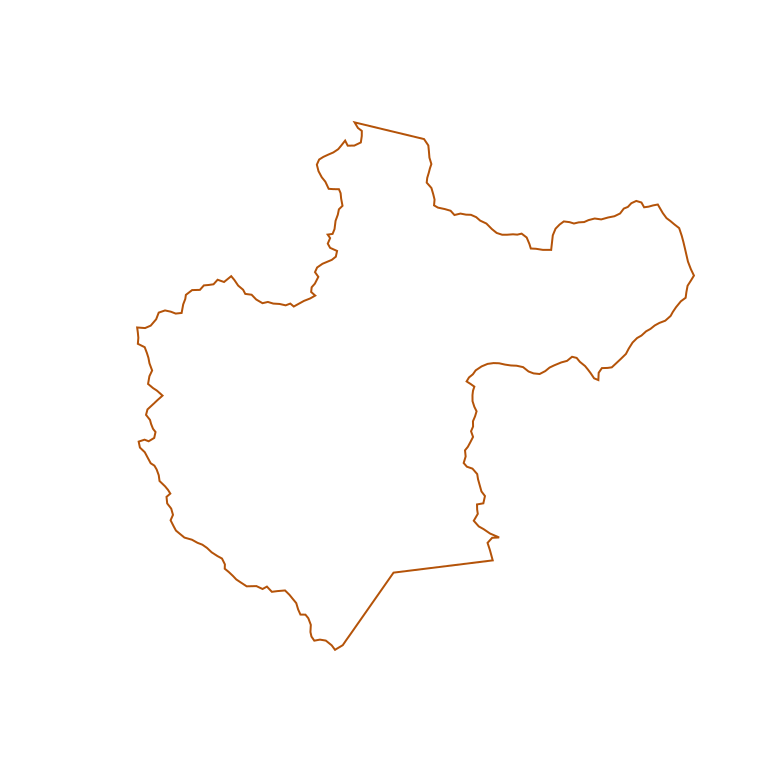 the district of Catunda, Ceará, Brazil, rotated 21°
{"feature_id": "56859067B3960254179000", "entity_name": "Catunda", "entity_type": "district", "adm_level": 2, "iso_a3": "BRA", "parent_name": "Brazil", "parent_adm1": "Ceará", "projection": "mercator", "projection_center": [-40.173, -4.631], "detail": "fine", "context": "isolated", "style": "outline", "palette": "amber", "viewbox_px": 768, "rotation_deg": 21, "n_neighbors": 0, "source": "geoboundaries", "source_scale": "gbopen_adm2", "svg_char_len": 4041}
<svg xmlns="http://www.w3.org/2000/svg" viewBox="0 0 768 768"><g transform="rotate(21 384 384)"><path d="M548.7,509.7L542.4,501.1L537.6,495.2L540.1,488.8L546.5,486.0L536.6,485.6L529.0,483.8L523.5,483.0L516.8,479.5L518.1,471.6L516.0,467.9L514.0,463.1L519.5,459.8L518.4,452.4L513.5,449.4L505.9,439.2L503.3,434.7L496.9,431.3L491.0,431.5L486.7,429.2L486.2,422.4L483.4,416.9L484.8,412.6L485.5,407.1L486.1,401.5L482.2,396.9L482.4,391.8L480.4,386.9L480.6,381.6L480.2,376.3L476.5,372.9L472.8,368.3L470.6,362.7L469.5,358.4L469.3,354.1L465.1,353.0L460.2,352.0L461.0,347.4L463.5,343.1L464.7,338.4L468.8,332.6L473.5,328.1L478.8,325.2L484.0,323.4L490.1,322.5L495.9,321.2L501.3,319.4L507.8,318.4L514.4,320.5L519.8,320.5L525.7,318.9L529.9,314.2L532.7,309.3L536.2,305.6L541.8,300.3L546.6,296.8L549.8,291.2L554.5,290.6L558.9,293.1L565.3,295.2L569.3,297.5L573.0,299.8L578.1,303.4L582.7,303.5L580.4,296.6L581.7,291.1L586.9,288.9L590.7,286.8L593.1,281.9L596.1,275.7L599.1,269.2L599.8,263.2L601.2,256.2L603.8,250.4L607.0,246.5L609.8,240.9L613.0,237.1L615.8,232.3L619.2,228.3L623.9,224.1L627.2,217.7L627.8,213.3L629.1,207.7L631.5,200.4L634.7,195.4L633.4,190.0L632.2,183.5L633.4,177.7L634.5,171.7L629.4,166.9L623.9,160.8L620.6,155.9L616.7,150.1L612.6,144.1L608.9,139.0L603.7,132.7L597.8,130.9L592.9,129.2L588.3,127.9L583.0,124.5L575.3,118.3L571.1,120.9L567.5,123.6L563.5,125.8L559.3,122.3L553.9,122.7L550.1,126.6L548.2,131.3L545.0,134.3L543.3,140.2L539.0,144.8L533.6,148.2L527.8,152.5L521.4,154.0L516.2,157.7L512.8,161.1L507.9,163.3L503.8,166.1L499.2,166.4L493.6,167.8L490.8,172.2L488.5,177.5L488.3,184.7L492.0,198.9L484.0,201.9L477.4,203.3L472.5,204.9L469.5,201.1L464.7,196.1L458.6,194.3L454.9,196.8L450.8,198.0L445.7,200.4L440.9,202.3L435.0,202.6L429.2,200.7L422.1,197.5L415.2,197.0L410.3,195.2L404.5,194.9L399.9,196.5L394.3,197.5L389.2,201.0L384.1,198.4L378.1,198.9L371.1,200.0L366.7,199.3L365.1,193.7L361.9,189.1L358.0,184.0L351.7,180.7L350.5,176.1L350.1,170.7L349.6,166.3L349.4,161.7L345.3,156.4L342.7,151.0L339.9,145.4L333.6,141.0L262.8,150.3L267.9,154.3L272.6,155.7L274.4,160.5L275.8,166.8L270.8,172.1L264.7,174.5L260.5,170.7L258.7,176.5L257.1,181.2L253.7,186.0L249.9,189.7L246.0,193.7L243.0,197.7L242.7,203.3L246.6,208.8L251.8,213.3L256.8,216.2L262.4,221.6L267.0,220.2L272.1,218.3L275.1,221.4L277.5,226.2L281.4,232.5L279.3,237.1L280.2,242.5L280.3,249.0L282.3,257.1L282.2,262.3L277.9,264.7L281.4,267.1L281.2,273.1L284.9,276.2L292.5,276.6L293.4,282.4L290.8,286.8L283.5,293.8L279.8,299.2L279.5,304.3L284.3,307.5L283.5,315.1L281.8,319.6L283.0,324.2L288.1,326.1L284.3,330.7L279.5,335.1L272.0,344.0L267.7,342.5L264.0,345.8L257.8,346.7L251.8,348.6L246.2,349.0L241.6,352.1L234.4,350.9L228.4,348.1L222.2,349.6L218.7,346.5L212.6,344.4L207.0,340.5L202.7,338.1L198.1,346.1L191.3,346.3L189.1,352.0L184.8,354.4L180.5,356.5L178.4,362.1L171.2,365.1L167.1,371.8L168.0,375.8L168.0,381.6L169.6,390.2L164.3,392.9L159.0,392.9L153.2,393.8L148.1,398.1L148.1,405.2L145.3,413.1L140.9,417.4L133.3,419.7L135.6,423.9L138.1,428.9L139.8,434.7L147.4,435.4L151.6,440.1L154.7,444.0L157.6,448.7L162.7,454.5L162.2,460.8L163.7,468.5L169.9,470.6L174.2,471.5L181.4,474.2L178.4,480.0L175.6,485.8L172.3,492.5L172.9,498.1L178.4,501.4L180.9,504.8L184.4,508.6L187.9,510.7L188.8,516.7L184.8,521.8L180.4,521.8L175.6,525.7L178.9,530.8L185.1,533.4L190.4,538.0L194.6,541.6L198.9,542.5L202.4,545.3L206.4,549.9L209.2,555.0L216.3,558.0L220.5,560.4L223.8,562.9L221.4,567.3L224.4,573.2L230.0,576.6L233.9,581.8L233.6,587.7L238.8,592.4L242.3,595.4L246.7,596.9L252.7,598.9L260.5,598.2L266.8,599.1L272.0,599.1L277.6,600.5L283.4,602.9L290.0,604.3L295.3,605.0L300.1,609.4L301.5,613.5L306.6,615.2L311.7,617.3L316.1,619.4L321.4,620.6L328.3,622.1L337.3,618.4L344.1,618.9L347.3,615.1L353.8,618.2L358.6,615.6L365.6,612.2L371.3,614.7L375.3,617.0L380.6,620.0L384.6,625.2L388.6,629.2L393.3,627.5L397.3,629.8L402.0,635.1L404.2,641.9L406.8,645.8L410.9,648.6L415.8,645.6L421.6,644.4L428.8,646.7L433.5,649.7L439.1,642.6L440.6,636.3L442.2,630.1L460.5,556.7L548.7,509.7Z" fill="none" stroke="#b45309" stroke-width="2"/></g></svg>